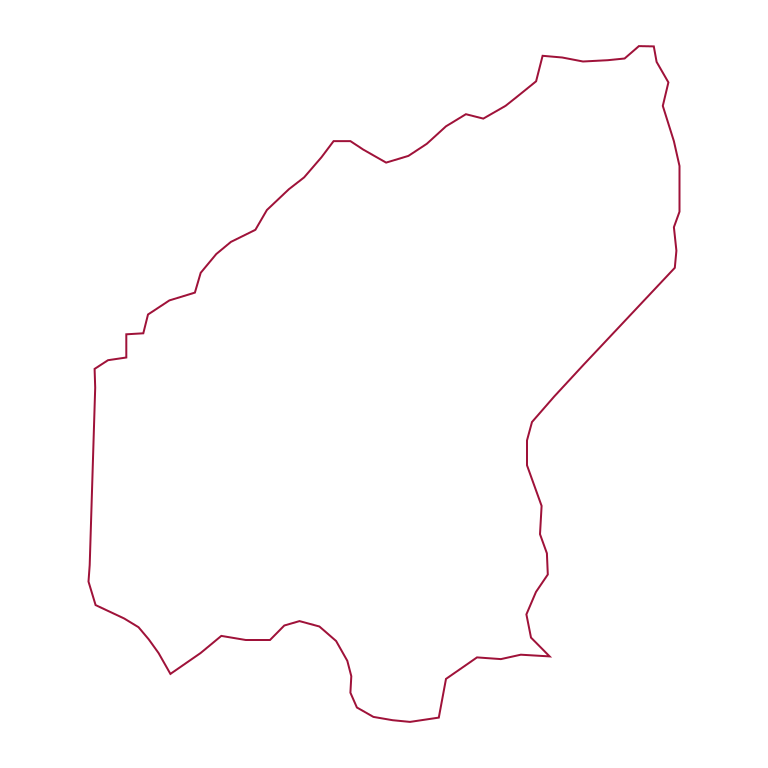 the district of Santa Gertrudes, São Paulo, Brazil
{"feature_id": "56859067B68796233337898", "entity_name": "Santa Gertrudes", "entity_type": "district", "adm_level": 2, "iso_a3": "BRA", "parent_name": "Brazil", "parent_adm1": "São Paulo", "projection": "orthographic", "projection_center": [-47.518, -22.474], "detail": "fine", "context": "isolated", "style": "outline", "palette": "rose", "viewbox_px": 768, "rotation_deg": 0, "n_neighbors": 0, "source": "geoboundaries", "source_scale": "gbopen_adm2", "svg_char_len": 1154}
<svg xmlns="http://www.w3.org/2000/svg" viewBox="0 0 768 768"><path d="M653.8,46.4L638.9,46.1L624.6,58.5L607.8,60.2L583.0,61.5L562.2,57.5L542.6,55.8L536.1,81.3L517.8,96.1L505.6,105.8L483.3,118.6L465.9,114.2L446.0,126.3L426.8,143.8L408.4,155.9L386.1,162.6L363.1,149.5L350.4,141.1L333.6,141.1L321.5,157.2L304.1,177.4L288.9,189.2L266.9,210.0L255.4,229.8L230.9,241.9L216.3,254.0L200.7,272.8L194.9,292.6L169.4,300.4L148.0,314.5L143.3,333.3L126.3,334.3L126.3,357.5L108.0,360.2L94.6,368.9L95.2,387.7L89.7,565.1L88.5,581.6L95.6,605.1L124.2,618.5L138.5,627.2L148.7,639.3L158.6,653.1L170.4,673.9L200.5,653.1L221.3,635.9L245.8,640.0L270.0,640.0L284.3,625.5L299.5,621.1L319.4,626.5L336.1,641.0L347.3,660.8L351.3,676.2L350.4,692.7L356.9,707.5L373.4,716.9L392.6,720.2L410.0,721.9L438.8,717.6L446.0,678.9L477.0,657.4L500.9,659.1L520.8,654.7L549.6,656.4L531.0,637.6L526.4,614.4L536.0,591.9L547.8,574.5L546.9,553.3L540.0,534.2L541.6,505.9L527.0,465.3L527.0,440.4L532.0,422.0L554.3,396.4L583.8,364.5L674.8,267.8L676.4,250.7L673.9,227.2L679.5,211.7L679.5,166.0L673.9,141.2L662.8,105.9L668.4,82.4L656.6,61.9L653.8,46.4Z" fill="none" stroke="#9f1239" stroke-width="2"/></svg>